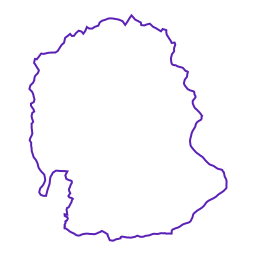 Buret, Rift Valley, Kenya (orthographic projection)
{"feature_id": "3690345B45419695798591", "entity_name": "Buret", "entity_type": "district", "adm_level": 2, "iso_a3": "KEN", "parent_name": "Kenya", "parent_adm1": "Rift Valley", "projection": "orthographic", "projection_center": [35.137, -0.558], "detail": "fine", "context": "isolated", "style": "outline", "palette": "violet", "viewbox_px": 256, "rotation_deg": 0, "n_neighbors": 0, "source": "geoboundaries", "source_scale": "gbopen_adm2", "svg_char_len": 5772}
<svg xmlns="http://www.w3.org/2000/svg" viewBox="0 0 256 256"><path d="M70.1,33.9L68.1,35.6L65.2,37.8L64.6,40.0L64.1,42.7L61.6,44.9L59.7,47.8L57.8,50.9L55.4,52.5L52.3,52.5L48.3,52.8L43.7,53.9L41.1,53.6L39.0,56.5L36.8,59.3L35.0,58.9L34.5,60.7L34.3,62.1L34.1,63.0L35.6,65.0L36.7,67.0L38.8,70.1L38.7,71.1L37.7,73.3L35.6,75.4L34.9,76.4L34.4,78.2L34.3,80.2L32.9,83.0L31.3,84.4L30.4,85.4L29.4,89.0L32.2,91.9L33.2,94.2L33.4,95.1L33.6,96.3L34.5,99.3L33.8,102.1L31.0,103.6L31.0,105.6L32.2,107.6L33.0,108.6L33.5,109.4L34.2,111.5L32.3,112.9L31.6,115.9L31.7,116.7L32.0,118.3L32.3,119.3L32.8,120.4L33.1,122.0L31.5,123.9L31.7,125.5L31.6,127.8L32.0,130.2L32.1,131.7L32.4,133.3L31.7,135.4L30.2,138.3L29.7,140.3L31.2,142.8L31.1,145.5L31.6,148.1L31.7,150.5L32.0,151.9L33.0,155.0L33.6,157.1L35.7,159.7L36.3,160.7L37.5,163.3L38.1,165.9L38.7,167.9L40.2,170.1L41.8,172.1L43.0,173.2L44.3,174.7L45.1,178.8L45.2,180.4L44.3,182.6L43.9,183.5L43.2,184.9L42.7,185.6L42.0,186.4L40.3,188.2L39.4,191.2L39.3,192.5L40.7,194.8L43.0,195.7L44.8,195.9L46.0,195.9L47.4,190.4L47.6,189.6L48.0,188.5L49.2,185.0L49.6,183.7L49.7,182.8L49.9,180.7L50.0,179.6L50.4,177.2L50.9,176.2L51.5,175.3L52.1,174.3L52.5,173.3L53.3,172.3L54.7,171.5L55.9,170.7L57.3,170.7L58.8,170.9L59.9,171.0L64.7,171.1L67.4,171.4L66.3,173.3L65.3,175.6L65.8,176.6L65.9,177.8L66.3,178.8L67.3,179.3L68.3,179.8L69.3,180.3L70.4,180.4L71.6,181.0L71.9,182.1L71.6,183.4L70.8,184.5L70.4,185.7L70.0,187.0L69.2,188.5L68.9,189.8L69.3,191.2L70.3,193.3L69.4,194.4L68.4,196.0L69.0,197.1L69.8,197.6L70.8,197.7L71.9,198.1L72.8,198.9L71.9,200.1L71.7,201.2L71.3,202.6L70.6,203.5L70.1,204.7L68.7,207.3L67.1,207.9L66.8,209.0L66.5,209.9L67.0,212.2L67.1,213.4L67.3,214.7L65.9,214.5L64.6,214.2L64.7,215.9L66.0,216.6L67.5,217.3L67.8,218.6L67.1,220.0L66.7,220.7L65.6,221.0L65.3,221.8L65.6,222.8L65.1,223.8L64.5,225.0L65.0,226.2L64.4,227.1L64.6,228.3L65.9,228.5L67.2,229.5L68.3,230.2L69.1,230.9L70.3,231.8L71.5,232.4L72.6,232.9L73.6,233.4L74.5,233.7L75.1,234.3L76.0,235.0L77.2,235.4L78.4,235.6L79.8,235.4L81.2,234.8L82.0,234.4L83.0,234.1L84.3,233.9L85.8,233.7L87.2,233.7L88.3,233.7L89.1,233.9L91.2,234.0L92.1,234.0L93.1,234.1L94.1,234.2L94.9,234.1L96.1,233.7L97.1,233.3L98.0,232.8L99.1,232.4L100.5,231.9L101.5,231.0L102.4,231.2L103.4,231.7L104.2,232.2L105.3,232.8L107.6,234.3L107.7,235.5L108.3,236.9L109.0,238.3L109.3,239.4L109.8,240.2L112.3,240.6L113.6,240.6L114.7,239.9L115.7,239.5L116.5,239.2L118.3,238.9L119.3,238.6L120.6,238.3L120.8,237.0L121.7,236.6L122.8,236.7L123.7,236.8L124.7,237.1L125.8,237.2L127.0,237.5L128.1,237.4L129.2,237.6L130.6,237.6L132.0,237.5L133.4,237.1L134.8,236.9L135.8,236.4L136.6,236.0L137.4,235.7L138.6,236.1L139.9,236.7L141.2,236.8L142.8,236.8L143.7,236.6L144.6,236.2L145.5,235.8L146.5,235.7L147.5,235.6L148.4,235.5L149.4,235.3L150.3,235.0L151.1,234.6L152.2,234.2L153.4,233.8L154.7,233.8L155.8,233.9L156.9,234.0L157.9,233.9L159.0,233.7L160.3,233.3L161.2,233.2L162.2,233.2L163.1,233.3L164.0,233.3L165.0,233.1L166.0,233.6L167.3,233.6L168.3,233.5L169.4,233.5L170.5,233.6L171.6,233.6L171.7,231.9L171.8,230.5L172.6,229.6L173.5,229.2L175.8,228.2L176.8,227.9L177.9,227.6L179.0,227.0L179.9,226.5L180.8,225.9L181.8,225.1L183.1,224.3L185.7,223.4L187.1,223.0L188.4,222.6L189.4,222.2L190.6,221.1L191.3,219.8L192.4,217.5L192.7,216.5L193.0,215.0L193.7,213.6L194.8,212.6L196.2,211.5L197.1,210.7L198.4,209.9L199.9,209.0L200.7,208.5L202.1,207.5L202.9,206.8L203.8,205.9L204.9,204.6L205.4,203.8L206.2,202.6L207.0,201.9L208.1,201.0L209.1,200.4L210.3,199.8L213.0,198.5L215.6,197.0L216.5,196.3L217.5,195.3L218.3,194.6L219.1,194.0L220.2,193.3L222.8,191.6L223.8,190.8L224.6,189.9L225.7,188.9L226.4,187.9L226.5,186.7L226.4,185.6L226.5,184.6L226.5,183.4L226.6,182.0L226.5,180.7L226.2,179.6L225.9,178.7L225.4,177.8L224.8,176.9L224.4,175.2L224.3,174.3L224.0,173.3L223.9,172.3L223.1,171.7L222.6,170.9L222.4,170.1L221.5,169.6L220.3,169.4L218.9,169.0L217.7,168.7L216.7,168.1L215.8,167.5L214.2,166.3L213.0,165.7L211.9,165.3L210.3,164.7L209.4,164.3L208.6,163.5L207.3,162.3L205.6,160.6L202.7,157.1L201.8,156.5L200.1,155.4L199.4,154.8L198.6,154.2L196.2,152.5L195.4,151.6L193.8,149.9L191.5,147.0L190.6,145.6L190.3,143.4L190.1,142.1L190.0,141.0L190.2,139.3L190.5,138.0L190.9,136.6L191.3,135.0L191.4,134.0L191.8,133.0L192.3,131.7L192.7,130.8L193.4,129.7L194.1,128.6L194.6,127.8L195.4,126.3L195.6,124.9L196.0,123.8L196.7,122.7L197.8,121.6L198.9,120.9L199.7,120.5L200.4,120.0L201.2,119.5L201.6,118.4L201.5,117.0L202.1,115.9L201.4,115.0L200.8,114.1L199.5,112.4L196.8,109.7L196.0,108.9L195.2,108.4L194.6,107.5L193.9,106.2L193.3,104.8L192.9,103.7L192.7,102.8L192.8,100.7L194.6,98.5L195.5,97.3L195.5,96.3L195.1,95.4L194.6,94.7L194.1,91.7L192.8,91.1L191.3,90.7L190.1,90.4L189.1,89.8L188.0,89.3L187.1,88.5L186.7,87.8L185.2,86.0L184.3,84.5L184.0,83.6L184.0,82.7L184.3,81.6L184.5,80.7L184.8,79.6L185.5,78.7L186.1,78.0L186.8,77.0L187.2,75.9L187.2,74.8L187.4,73.7L187.7,72.8L187.9,71.9L187.2,71.4L186.0,71.1L185.0,70.4L184.1,69.2L183.0,68.0L182.2,67.6L181.0,67.2L179.9,67.1L178.7,66.6L177.3,66.3L176.4,65.6L175.3,65.2L174.1,65.1L172.9,64.8L172.2,64.3L171.7,63.5L171.3,62.3L171.2,61.1L170.9,58.5L171.2,57.3L171.7,55.2L172.1,54.0L173.3,52.5L173.9,51.6L174.2,50.7L174.0,49.4L174.1,48.1L174.4,47.1L174.9,45.8L175.3,44.7L174.6,42.6L171.6,42.9L170.7,40.8L169.0,38.3L167.6,36.0L166.8,34.9L166.3,32.3L166.3,30.1L162.7,29.0L161.0,31.3L158.5,29.8L155.8,28.1L153.1,26.8L149.8,23.7L146.6,24.5L144.4,25.4L141.3,25.1L140.8,22.5L138.5,21.3L135.1,19.6L133.7,17.8L131.5,15.4L129.3,18.5L127.4,21.7L125.2,24.9L122.5,21.1L118.5,19.5L114.9,18.9L112.2,18.4L109.0,18.4L107.9,18.7L105.2,19.8L103.6,20.3L102.3,20.6L99.7,22.5L99.3,23.5L98.3,25.7L94.9,26.8L92.1,28.6L89.0,28.5L86.9,27.0L85.3,30.9L83.3,33.7L81.6,31.6L78.7,30.7L75.9,33.2L74.0,35.8L71.9,36.0L70.1,33.9Z" fill="none" stroke="#5b21b6" stroke-width="2"/></svg>